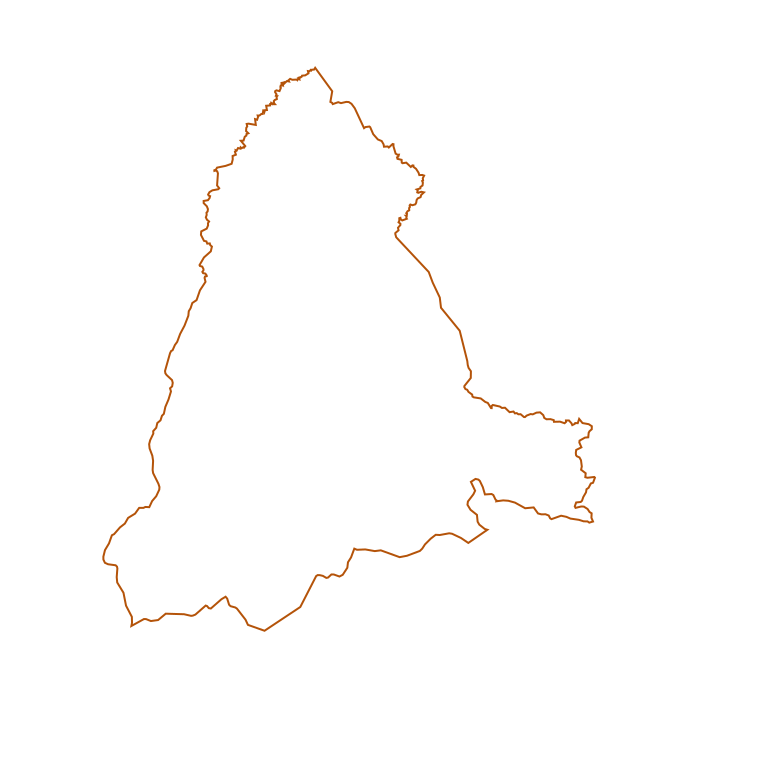 Ile, Zambezia, Mozambique, rotated 13°
{"feature_id": "85939544B3686787806290", "entity_name": "Ile", "entity_type": "district", "adm_level": 2, "iso_a3": "MOZ", "parent_name": "Mozambique", "parent_adm1": "Zambezia", "projection": "albers", "projection_center": [37.321, -15.981], "detail": "fine", "context": "isolated", "style": "outline", "palette": "amber", "viewbox_px": 768, "rotation_deg": 13, "n_neighbors": 0, "source": "geoboundaries", "source_scale": "gbopen_adm2", "svg_char_len": 6156}
<svg xmlns="http://www.w3.org/2000/svg" viewBox="0 0 768 768"><g transform="rotate(13 384 384)"><path d="M245.8,91.4L245.1,93.4L243.0,94.0L242.6,94.9L241.9,94.5L241.0,96.1L239.5,96.2L240.5,98.3L237.8,101.0L234.8,102.0L234.6,103.2L232.7,104.3L233.4,104.4L232.3,105.6L232.9,106.3L231.3,106.4L231.1,107.4L230.5,107.0L226.2,108.2L223.9,107.8L222.5,109.7L223.3,110.6L221.2,110.7L219.1,113.9L218.8,112.5L217.7,113.2L218.0,114.3L217.1,113.4L216.4,113.7L216.8,114.9L218.0,116.0L216.2,116.5L216.2,118.0L216.9,118.7L216.3,122.1L213.1,122.1L212.1,123.1L212.2,124.1L214.1,125.9L213.8,127.5L215.1,127.5L214.7,128.2L215.5,130.5L213.6,131.9L213.0,133.1L213.7,135.1L214.8,135.9L213.7,136.2L212.6,135.6L212.2,136.4L210.8,135.5L210.7,136.6L210.1,136.8L210.4,138.2L206.6,139.4L208.3,143.4L206.4,144.0L206.3,145.6L205.6,144.4L204.8,144.5L205.1,148.1L203.8,148.4L202.3,150.4L200.5,150.8L201.2,152.1L200.9,155.1L198.8,154.9L200.8,160.4L193.4,160.8L191.7,161.5L192.8,163.8L192.2,165.3L192.7,168.6L195.4,170.2L193.8,171.3L194.0,172.9L192.7,174.4L192.4,178.4L189.8,179.2L195.3,183.4L194.4,185.2L193.8,184.8L192.2,186.3L191.1,185.7L191.1,187.0L187.9,186.9L188.6,187.3L187.9,189.8L186.9,189.6L187.2,190.3L186.5,191.2L188.1,193.9L185.2,195.9L186.1,199.3L186.0,203.7L180.6,207.1L172.7,210.7L172.0,212.9L170.6,213.9L170.8,214.5L171.7,213.9L173.6,214.2L174.8,216.1L176.7,228.1L179.4,230.3L178.7,231.5L173.2,233.9L170.8,236.3L170.0,238.9L170.7,239.8L172.3,240.1L172.2,242.1L171.1,244.5L167.1,246.2L167.6,248.3L171.4,250.7L173.1,253.2L173.3,255.6L172.5,257.0L173.2,259.2L172.9,261.7L174.5,263.7L177.0,265.0L176.3,266.9L176.9,269.0L176.3,272.5L171.6,276.4L172.1,279.9L176.4,285.0L178.9,285.0L180.2,287.0L182.6,286.2L183.5,287.8L185.4,288.8L185.4,293.7L180.1,301.2L177.5,309.6L178.1,310.4L180.5,310.5L182.3,312.7L182.5,313.9L181.8,315.6L182.8,316.7L185.1,316.6L186.8,318.1L187.0,318.8L185.4,319.6L185.3,321.0L187.1,324.6L183.6,334.1L182.5,344.4L179.0,348.2L178.5,353.6L177.4,357.0L178.0,361.5L176.5,372.0L174.1,381.0L173.0,389.5L171.5,393.0L170.4,398.7L169.2,399.7L168.6,402.0L167.7,420.6L168.6,422.8L170.2,424.2L176.6,427.9L177.9,430.4L178.1,434.0L176.5,436.3L178.1,439.2L177.5,447.6L176.1,455.5L176.2,462.6L174.8,464.9L174.4,469.7L171.9,473.0L171.9,477.9L169.7,481.9L170.4,484.2L168.8,491.4L168.7,495.4L170.1,499.5L174.4,506.0L176.3,510.8L177.9,519.8L179.1,522.8L186.6,531.9L188.4,534.9L188.8,537.5L187.3,544.6L184.4,550.2L183.0,556.8L179.1,557.5L177.5,558.8L173.3,559.8L170.6,566.3L164.8,572.0L162.9,578.3L159.0,583.1L154.8,591.0L152.9,592.6L151.9,601.2L149.5,608.6L149.4,615.4L150.1,618.2L152.3,621.0L155.7,621.7L163.3,621.0L164.9,622.0L165.7,623.7L167.0,632.3L168.7,637.4L177.1,646.0L182.5,658.0L190.7,667.6L192.2,673.4L192.3,676.6L203.0,667.0L205.1,666.6L210.2,667.4L217.0,664.8L223.0,656.9L241.0,653.3L248.2,653.3L249.8,652.7L252.1,651.1L260.1,640.0L261.6,640.2L263.7,641.8L265.8,641.7L274.0,630.3L277.5,626.9L279.5,628.4L282.7,633.9L284.5,635.0L289.4,635.2L291.2,635.9L302.1,644.8L305.6,649.3L323.1,651.3L352.6,620.1L361.1,586.4L362.4,585.1L364.5,584.7L367.6,584.7L371.4,585.9L373.0,585.2L375.6,581.4L378.0,580.9L383.9,581.6L386.7,579.2L389.6,571.3L389.0,565.8L390.9,560.4L392.1,551.1L395.0,551.6L403.0,549.4L412.6,548.9L418.3,546.8L438.2,549.2L445.0,546.2L456.5,538.6L458.3,535.8L460.0,531.1L464.3,524.2L468.3,519.3L472.3,518.6L481.1,514.8L484.0,514.6L493.6,516.7L501.9,519.9L517.5,502.8L514.8,502.6L508.5,499.6L506.2,497.1L504.0,490.6L496.6,487.1L492.5,482.9L492.2,479.6L495.9,471.4L496.8,467.5L490.7,459.8L494.5,455.9L497.5,455.9L499.2,456.9L503.5,462.3L507.2,468.9L513.6,467.0L515.5,467.6L518.7,471.6L520.0,472.2L519.9,473.0L526.3,470.6L531.4,469.8L538.3,470.1L549.5,473.3L557.6,470.6L563.2,475.5L566.7,475.6L570.7,474.6L574.1,475.1L576.1,477.5L577.6,478.0L586.2,472.5L591.6,472.4L595.9,473.2L604.5,472.5L609.5,472.9L613.2,472.1L615.2,472.9L618.6,471.0L616.2,467.7L615.4,463.3L613.1,462.5L610.5,460.0L606.3,458.5L603.7,459.0L598.5,461.6L597.4,460.3L597.9,456.2L602.2,454.7L603.2,453.2L603.6,449.3L605.2,444.1L605.0,441.0L606.7,439.1L607.9,434.4L609.9,433.2L610.6,427.8L609.8,427.3L603.3,429.6L601.1,429.5L600.6,425.6L595.3,423.2L595.3,419.9L593.1,414.0L591.0,411.6L588.1,411.0L587.1,410.1L586.4,408.0L586.1,405.0L590.6,401.3L587.5,397.1L587.3,395.2L591.9,391.0L595.0,390.0L594.4,385.4L594.9,383.7L596.6,381.4L596.0,378.4L592.5,377.1L586.2,377.4L582.0,374.1L581.6,378.6L579.1,379.0L578.8,380.0L576.7,381.7L575.5,380.1L572.4,377.9L569.5,378.6L569.9,380.0L568.8,381.6L564.0,381.1L558.1,382.6L557.5,381.0L554.1,380.8L550.3,381.8L547.8,381.0L546.2,378.5L542.5,376.5L539.0,377.6L535.8,380.1L533.6,380.3L530.1,382.7L528.8,384.5L527.8,384.7L523.9,382.7L521.7,383.3L519.9,382.5L518.2,383.2L516.4,381.7L512.7,383.2L507.2,379.9L504.3,380.8L501.9,379.9L494.7,380.0L493.9,381.1L494.3,383.3L493.7,383.4L489.4,379.1L486.7,378.7L481.5,376.3L474.5,376.8L473.0,376.3L472.3,374.5L468.1,372.7L466.4,370.9L464.5,370.6L462.9,368.9L462.8,367.8L467.2,358.6L465.8,352.0L462.8,349.3L461.3,346.6L460.0,342.9L445.8,315.1L422.4,296.9L418.9,287.2L408.7,274.3L402.4,264.8L362.9,238.3L361.2,235.2L361.1,234.3L363.6,231.0L362.5,228.6L364.2,225.4L363.9,224.1L361.8,223.2L362.2,221.4L361.6,219.0L362.6,218.4L363.2,219.7L365.0,220.5L369.0,217.9L368.4,217.4L368.4,215.7L367.5,215.1L368.3,214.9L368.1,212.9L367.3,212.5L368.1,210.3L369.5,209.1L368.9,206.9L369.4,205.7L368.8,204.2L369.3,203.2L371.5,203.4L374.1,201.9L374.6,200.1L374.4,197.4L375.1,195.6L377.6,193.7L377.7,191.4L379.8,188.3L377.1,188.3L374.4,190.0L373.3,189.8L373.3,187.6L372.1,187.1L375.4,185.2L375.2,183.8L376.9,181.9L376.6,179.1L375.5,177.6L376.3,176.9L375.5,174.8L376.2,171.9L374.3,171.7L371.4,172.5L370.1,170.3L366.8,167.1L363.9,165.8L363.5,164.5L362.5,164.6L361.3,166.5L355.9,163.3L352.4,164.7L351.5,164.3L350.7,161.6L346.5,161.6L345.7,160.2L346.8,159.2L346.9,157.2L345.6,157.6L343.5,156.9L339.7,150.2L339.3,148.2L338.4,148.2L335.5,152.5L334.2,151.7L330.6,152.8L329.7,150.6L327.1,147.8L323.0,147.1L317.3,143.0L312.8,136.9L311.9,136.4L308.2,137.8L307.0,139.2L293.5,121.9L289.3,118.3L286.3,117.2L283.8,117.6L278.9,120.0L276.0,119.7L271.1,122.8L270.2,121.7L268.3,121.2L267.7,110.4L245.8,91.4Z" fill="none" stroke="#b45309" stroke-width="2"/></g></svg>